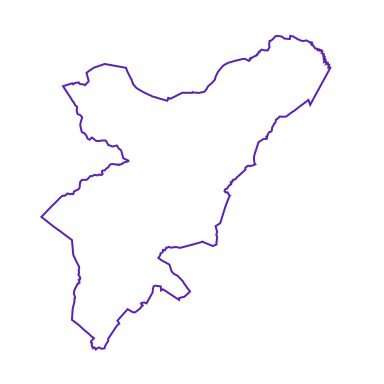 Dunalkas pag., Durbes, Latvia, rotated 83°
{"feature_id": "27541924B30514454851640", "entity_name": "Dunalkas pag.", "entity_type": "district", "adm_level": 2, "iso_a3": "LVA", "parent_name": "Latvia", "parent_adm1": "Durbes", "projection": "albers", "projection_center": [21.324, 56.682], "detail": "fine", "context": "isolated", "style": "outline", "palette": "violet", "viewbox_px": 384, "rotation_deg": 83, "n_neighbors": 0, "source": "geoboundaries", "source_scale": "gbopen_adm2", "svg_char_len": 5776}
<svg xmlns="http://www.w3.org/2000/svg" viewBox="0 0 384 384"><g transform="rotate(83 192 192)"><path d="M198.4,344.5L209.3,333.7L215.5,327.0L225.1,317.0L239.9,317.5L247.6,315.0L252.3,313.2L254.3,313.3L255.7,314.0L257.0,313.9L259.0,314.1L259.4,314.6L259.7,314.7L260.7,314.6L262.0,313.7L263.2,313.9L264.0,313.3L265.0,313.9L265.0,314.4L265.4,315.2L266.8,314.6L267.2,314.8L268.3,314.8L268.4,315.7L269.2,316.0L269.3,317.0L269.8,317.1L273.5,319.7L275.8,321.0L278.5,321.6L282.2,320.9L283.0,321.1L283.3,321.6L286.3,322.0L293.5,324.7L304.3,326.7L310.2,320.6L315.9,315.8L320.8,311.1L322.0,310.4L325.1,307.1L327.9,310.4L329.0,310.7L329.4,309.9L330.3,309.6L332.2,310.3L334.9,309.4L334.2,308.4L334.3,307.8L336.6,306.7L335.5,305.0L335.0,303.3L335.2,302.7L336.6,300.9L336.5,297.9L334.4,297.1L331.1,294.6L330.2,293.6L327.4,293.0L315.7,283.0L313.7,280.2L310.6,281.7L300.5,270.2L303.7,265.9L304.6,263.9L304.0,262.2L301.1,257.4L299.7,256.4L298.6,254.7L296.7,256.3L295.9,255.5L295.8,252.9L297.0,250.7L286.8,243.3L283.4,242.6L280.8,241.5L280.5,239.9L281.9,234.5L285.9,234.7L285.1,232.6L297.6,217.9L296.4,217.5L295.9,217.8L295.3,215.5L295.1,212.4L290.6,206.1L281.8,211.0L279.6,211.9L273.6,216.3L272.8,217.3L271.1,219.9L268.3,221.9L261.5,223.2L260.9,223.7L259.3,226.1L258.5,227.0L257.2,229.2L253.4,233.4L250.4,230.9L249.1,230.8L248.8,229.8L247.8,228.2L246.0,227.8L246.6,226.0L244.3,224.5L244.6,224.2L243.6,222.0L244.8,219.2L244.6,217.2L244.7,214.5L246.0,210.6L243.9,195.5L243.2,190.7L242.5,187.7L243.3,186.6L248.2,177.8L247.0,174.0L245.7,174.0L239.6,172.5L237.3,173.1L234.8,171.9L228.8,172.8L226.5,168.0L224.9,167.1L210.7,160.7L203.7,157.0L200.6,155.3L200.3,154.8L199.1,155.8L197.2,156.4L197.0,156.6L196.8,157.5L196.6,157.4L196.6,157.8L196.3,158.7L195.6,159.5L194.5,159.5L193.2,158.5L193.0,156.9L190.0,154.3L189.4,153.3L189.2,152.3L188.9,152.1L188.3,152.3L187.8,151.8L187.1,152.2L187.0,151.9L186.8,151.8L186.9,151.3L186.6,150.7L186.0,150.2L185.3,150.3L184.9,149.7L184.7,147.3L183.0,145.9L181.9,144.1L176.4,136.3L175.9,136.4L174.3,136.0L172.7,133.0L172.9,132.3L173.4,131.6L173.1,130.1L173.2,129.3L172.3,125.8L171.1,126.4L169.7,126.5L166.0,126.4L162.9,125.6L150.9,120.0L150.6,119.7L149.4,117.3L148.2,114.7L148.1,113.5L148.4,111.4L146.8,110.7L146.1,111.4L145.2,110.1L144.6,110.1L142.0,108.1L141.7,106.2L140.7,105.3L137.6,104.5L134.6,102.2L134.3,102.2L134.1,101.7L133.5,101.1L132.2,100.3L130.3,99.8L130.3,99.4L129.1,97.2L127.8,96.0L127.8,95.5L128.1,94.2L128.6,91.0L128.4,89.0L124.6,82.4L123.9,80.7L120.1,74.5L118.8,72.0L114.8,65.2L119.9,64.1L85.5,39.5L85.0,39.9L85.8,40.3L85.3,40.8L85.3,41.5L84.7,41.4L84.7,40.9L82.9,40.4L83.1,40.9L83.0,41.2L82.5,41.1L81.9,41.5L81.0,41.4L81.2,41.9L80.6,42.1L80.9,42.8L80.6,42.6L80.4,42.8L80.0,42.4L79.2,42.8L79.8,43.3L79.1,43.5L79.1,43.9L78.5,43.8L77.6,44.4L78.0,44.8L77.6,44.7L76.9,45.0L76.7,44.5L76.9,44.0L76.6,43.5L76.2,43.7L76.5,43.8L76.5,44.1L76.0,44.4L75.7,44.0L75.4,44.6L74.8,45.0L74.3,44.5L73.8,44.8L73.5,44.1L73.1,44.5L73.3,44.8L72.7,45.1L72.3,45.0L72.3,44.5L71.5,44.4L71.6,45.0L71.3,45.1L71.3,45.3L69.8,45.7L69.7,46.1L69.3,45.7L68.5,45.6L68.7,46.4L68.1,45.6L67.9,45.7L67.0,46.4L67.5,47.3L67.3,47.8L67.0,47.3L65.9,48.4L66.4,49.6L65.8,49.6L65.5,49.9L65.7,50.3L65.0,50.5L64.6,52.3L63.8,52.5L62.5,53.5L61.5,53.7L60.7,55.0L60.0,54.7L59.9,55.4L59.8,55.6L59.4,55.7L58.5,54.5L58.4,54.0L57.8,56.1L58.1,56.2L57.8,57.0L56.5,58.4L55.5,60.0L55.7,63.2L55.0,65.4L52.9,69.0L52.1,69.7L51.6,70.7L50.2,72.2L49.2,74.8L49.0,75.4L52.1,76.3L50.9,81.9L49.9,82.6L48.8,83.8L48.0,86.0L47.4,89.5L47.7,90.4L50.1,93.1L51.7,95.8L51.4,96.2L51.5,96.6L55.5,97.6L57.5,97.3L60.7,99.6L60.5,101.2L60.1,103.1L59.2,105.4L59.4,106.0L60.8,107.8L61.1,108.0L61.1,108.4L61.4,108.3L61.4,108.5L62.9,109.9L63.0,110.2L63.3,110.1L63.6,110.7L64.1,110.8L64.4,111.5L64.3,111.8L64.7,112.5L65.2,114.3L66.3,116.5L66.0,116.9L66.4,117.5L66.8,117.7L66.6,117.8L67.0,118.2L66.9,118.4L67.8,118.7L68.8,119.4L66.3,123.3L66.1,124.7L67.0,132.5L66.9,132.8L67.9,138.2L68.0,139.9L69.7,144.2L70.8,146.2L75.8,151.5L80.6,154.6L83.3,155.6L86.7,159.5L86.9,160.1L89.1,163.2L91.5,164.9L94.0,167.4L94.5,172.9L93.5,178.2L92.9,179.2L93.6,179.8L92.3,189.5L96.9,202.3L95.9,203.4L95.7,204.2L97.8,204.9L98.4,205.4L94.0,215.9L93.7,216.1L92.9,218.5L92.1,220.1L91.1,221.3L89.8,223.8L86.0,229.4L83.3,233.0L81.8,234.6L78.0,237.2L73.0,238.4L72.8,238.3L72.5,238.6L63.9,241.7L60.7,242.3L54.3,263.1L56.5,273.4L56.5,274.0L60.2,281.1L61.0,282.2L69.2,281.0L70.6,282.2L72.2,284.4L73.0,285.1L72.1,286.3L71.6,288.3L71.3,289.8L70.3,290.8L69.5,291.0L69.5,294.6L70.6,296.9L69.5,297.6L71.3,307.1L83.2,301.2L87.9,299.1L88.2,298.6L91.1,297.6L92.1,297.0L93.5,295.6L97.2,296.6L100.4,296.1L100.8,295.9L102.2,293.3L104.5,291.9L109.8,294.2L112.1,294.8L118.9,294.1L119.7,293.4L120.3,291.8L122.9,290.1L126.3,289.1L127.6,287.3L127.2,286.4L125.9,285.3L125.8,284.5L129.4,281.2L130.1,278.3L129.9,274.4L130.2,273.4L130.2,271.9L130.9,271.1L135.2,269.3L136.3,266.8L137.2,265.5L136.7,261.4L136.8,260.8L139.5,259.7L141.3,257.9L142.3,257.2L150.1,256.1L153.1,251.4L153.6,251.3L154.1,253.4L154.2,254.8L154.6,256.6L155.5,257.7L156.0,259.7L155.9,261.0L155.6,262.9L155.9,262.7L154.9,265.8L154.5,267.9L154.6,269.5L155.2,270.4L157.4,272.1L158.0,273.8L159.9,276.0L160.0,276.5L159.8,277.9L159.9,278.4L161.2,279.1L163.2,278.5L163.9,279.3L164.1,280.0L164.0,280.4L163.3,282.0L164.0,283.6L163.9,284.2L163.3,286.2L163.2,287.2L164.1,289.1L163.8,290.5L163.9,291.1L166.9,294.6L167.0,295.6L166.6,299.6L166.8,300.1L167.2,300.6L168.1,301.2L168.6,301.9L169.7,301.9L170.5,302.5L171.3,302.4L173.8,303.0L175.2,303.9L176.0,305.7L176.1,306.6L176.5,307.2L176.9,308.6L177.3,309.2L179.4,309.9L179.6,310.3L179.1,311.8L179.4,313.0L179.3,313.6L178.3,315.5L178.3,315.9L179.7,317.6L180.2,319.1L179.9,321.1L182.5,324.7L185.9,328.8L188.0,331.8L198.4,344.5Z" fill="none" stroke="#5b21b6" stroke-width="2"/></g></svg>